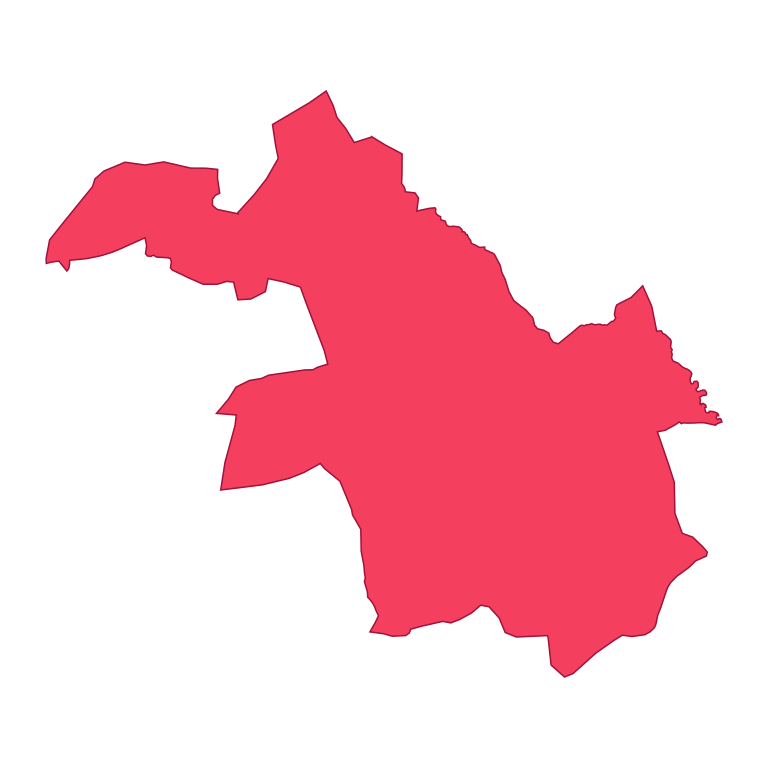 the district of Kabo, Kano, Nigeria
{"feature_id": "59680162B55022918372626", "entity_name": "Kabo", "entity_type": "district", "adm_level": 2, "iso_a3": "NGA", "parent_name": "Nigeria", "parent_adm1": "Kano", "projection": "orthographic", "projection_center": [8.188, 11.892], "detail": "fine", "context": "isolated", "style": "filled", "palette": "rose", "viewbox_px": 768, "rotation_deg": 0, "n_neighbors": 0, "source": "geoboundaries", "source_scale": "gbopen_adm2", "svg_char_len": 4663}
<svg xmlns="http://www.w3.org/2000/svg" viewBox="0 0 768 768"><path d="M706.4,556.0L707.3,552.1L703.1,547.1L692.7,537.1L682.3,533.4L674.9,513.3L674.3,482.4L668.8,465.1L662.1,445.5L657.4,431.8L665.2,430.3L675.3,424.7L677.6,423.2L678.4,422.5L679.7,422.0L680.0,422.5L680.6,423.1L681.4,423.7L683.2,422.9L687.7,423.1L693.6,423.0L699.7,422.7L704.3,422.8L710.9,424.2L715.6,425.2L717.4,423.6L721.9,422.0L721.4,420.3L721.0,419.3L720.0,418.5L718.7,418.7L718.3,419.4L717.2,419.3L716.5,418.3L716.3,417.2L716.8,415.4L717.6,415.7L718.6,415.8L718.5,414.7L717.4,413.1L715.5,412.4L713.2,411.6L710.3,411.2L709.1,411.5L709.1,412.6L707.6,412.8L705.9,412.3L705.0,410.0L704.9,407.4L706.2,407.1L705.6,405.0L703.4,403.5L702.4,403.5L701.3,403.8L701.2,404.7L699.9,403.9L700.1,402.5L700.4,401.3L700.4,399.4L699.7,398.3L700.1,396.9L701.9,395.9L704.2,395.2L705.3,395.4L706.2,395.0L706.7,393.8L706.1,391.9L704.9,390.3L702.9,390.0L700.2,391.0L698.9,391.5L697.4,391.5L695.9,389.3L696.8,388.3L697.9,387.5L698.3,385.7L698.1,384.0L698.1,382.7L696.9,381.3L695.2,381.3L694.2,381.5L693.6,382.2L693.3,383.4L692.3,383.8L691.2,383.6L690.8,382.5L690.3,381.3L690.2,379.8L690.2,377.9L691.0,376.6L691.5,375.0L691.8,373.6L690.7,371.7L689.1,370.3L687.4,369.2L685.1,368.4L682.6,367.1L678.1,363.2L673.0,360.9L671.9,358.7L671.7,357.0L672.2,354.4L672.0,353.4L671.3,352.0L672.0,350.3L672.1,349.5L670.9,347.8L670.6,346.7L671.2,342.2L670.7,339.8L668.7,337.8L666.8,336.0L665.2,334.5L662.9,333.6L661.9,331.9L661.2,330.8L656.7,331.2L652.9,312.0L651.7,306.1L642.7,285.8L631.0,297.6L620.0,303.1L616.8,304.9L615.6,307.6L614.4,314.7L615.7,318.2L614.8,319.3L613.5,321.3L611.5,321.4L610.8,322.0L607.0,325.2L604.8,324.8L602.5,325.1L599.9,324.1L594.6,324.8L591.5,323.6L589.2,324.6L586.6,324.7L584.5,325.7L581.5,325.2L579.5,326.3L572.6,332.2L558.3,343.8L553.2,342.2L550.1,337.7L548.8,333.1L543.9,330.3L537.6,328.8L534.6,325.2L532.9,317.9L526.0,310.1L520.8,306.2L513.7,300.5L509.1,291.9L505.2,279.4L501.8,272.4L500.3,265.6L494.5,254.5L492.2,252.7L490.4,252.3L489.0,251.4L487.6,250.8L486.0,250.3L484.6,249.0L484.8,247.2L483.2,247.1L480.8,247.4L479.2,247.3L477.3,246.2L474.6,244.7L472.1,243.9L471.0,242.4L470.6,240.4L469.4,238.9L468.1,237.0L467.3,234.7L465.7,234.3L465.3,232.8L463.9,231.7L462.3,231.8L462.2,230.0L461.0,228.6L460.0,227.5L458.6,226.9L455.4,226.4L452.3,226.3L450.4,226.6L448.7,226.3L447.2,225.5L446.0,223.9L445.7,222.3L444.9,220.9L442.3,220.3L440.7,219.6L440.6,216.6L439.0,216.0L437.5,214.9L435.9,213.4L435.7,211.9L435.6,210.3L435.8,208.9L435.0,207.8L429.5,208.3L419.9,210.3L416.8,211.1L418.5,198.0L415.0,192.9L405.4,191.8L405.1,189.6L403.9,186.5L401.6,183.5L402.0,173.0L402.1,153.9L385.6,145.2L371.7,136.7L371.7,137.0L354.2,142.5L353.6,141.5L345.6,128.3L337.0,117.5L333.2,105.6L326.2,91.0L309.1,102.9L272.5,124.5L275.6,145.4L278.2,158.3L278.1,158.6L266.6,178.7L254.1,194.7L237.6,212.9L238.1,213.8L217.2,209.4L212.5,205.4L212.5,199.2L215.4,195.3L219.7,193.2L217.5,178.3L217.7,169.4L206.1,168.2L190.7,168.1L163.8,161.9L144.9,165.0L125.0,162.2L104.0,171.0L95.0,178.8L92.5,186.7L62.3,223.9L49.6,239.9L46.1,258.6L46.3,263.4L52.1,262.0L58.9,261.1L66.8,271.0L68.6,268.9L69.6,264.3L69.6,260.3L78.1,259.5L82.1,259.1L86.7,258.6L93.9,257.2L101.7,255.5L107.2,253.8L112.0,252.3L115.2,251.0L116.5,250.5L121.5,248.4L126.2,246.2L145.0,237.8L146.6,245.6L145.5,253.7L146.1,254.4L147.5,256.0L150.9,256.4L152.0,255.8L153.3,255.2L156.6,257.1L161.9,257.4L167.0,257.7L170.3,258.4L170.5,259.1L171.4,261.9L170.4,267.8L172.5,270.2L183.4,275.3L187.6,277.4L203.3,284.3L217.5,284.2L226.6,281.4L233.6,282.1L237.9,299.8L250.9,299.0L265.4,291.6L268.1,278.6L284.0,282.0L300.4,287.1L305.6,301.6L324.4,351.0L327.7,364.2L322.7,365.6L317.3,367.4L312.8,369.8L305.2,369.9L268.6,375.2L261.4,378.5L249.6,380.4L236.0,387.1L228.5,399.1L216.5,413.4L236.3,415.0L235.0,425.7L225.0,462.3L220.7,490.0L262.5,484.8L289.3,478.3L304.1,472.4L320.2,463.5L324.8,468.8L340.0,481.3L351.6,509.5L352.5,514.9L360.8,529.3L361.2,551.1L364.0,566.0L364.4,572.1L365.3,577.8L364.4,581.7L365.8,586.4L367.4,591.9L367.7,597.2L370.1,599.8L372.4,602.7L374.5,606.5L376.1,610.8L378.5,615.7L375.1,622.8L369.9,631.9L383.9,633.8L392.2,636.2L402.7,635.7L405.7,635.6L409.3,633.0L410.7,629.2L421.9,626.1L442.7,621.4L450.9,622.9L459.8,619.4L471.4,613.1L480.6,605.3L482.4,605.5L489.1,606.8L499.2,618.0L505.2,632.5L516.4,637.0L547.3,635.6L548.1,637.5L551.1,665.1L564.5,677.0L573.1,673.5L596.0,653.0L614.1,640.3L622.4,635.2L631.9,636.5L644.9,634.7L650.0,631.9L654.4,627.7L655.5,625.4L656.4,622.2L657.5,615.9L658.6,613.1L661.0,607.0L663.3,599.9L666.6,590.2L667.7,587.4L670.7,582.5L676.9,576.2L682.7,572.0L688.8,567.5L695.6,560.9L706.4,556.0Z" fill="#f43f5e" stroke="#9f1239" stroke-width="1.5"/></svg>